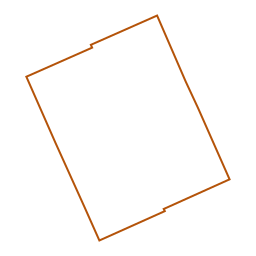 the district of Pope, Minnesota, United States of America, rotated 66°
{"feature_id": "52423323B60946121703621", "entity_name": "Pope", "entity_type": "district", "adm_level": 2, "iso_a3": "USA", "parent_name": "United States of America", "parent_adm1": "Minnesota", "projection": "albers", "projection_center": [-95.463, 45.586], "detail": "fine", "context": "isolated", "style": "outline", "palette": "amber", "viewbox_px": 256, "rotation_deg": 66, "n_neighbors": 0, "source": "geoboundaries", "source_scale": "gbopen_adm2", "svg_char_len": 323}
<svg xmlns="http://www.w3.org/2000/svg" viewBox="0 0 256 256"><g transform="rotate(66 128 128)"><path d="M39.8,200.0L111.7,200.3L183.2,199.9L219.1,199.9L218.9,128.2L216.5,128.3L216.2,56.1L138.1,55.9L109.1,56.4L108.9,56.4L37.1,55.7L36.9,128.1L40.0,128.1L39.8,200.0Z" fill="none" stroke="#b45309" stroke-width="2"/></g></svg>